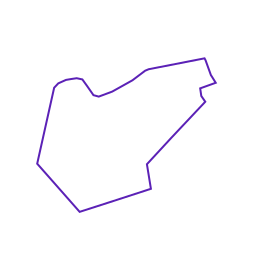 the district of Al-Hasna, Shamal Sina', Egypt, rotated 162°
{"feature_id": "37247803B43495383669597", "entity_name": "Al-Hasna", "entity_type": "district", "adm_level": 2, "iso_a3": "EGY", "parent_name": "Egypt", "parent_adm1": "Shamal Sina'", "projection": "equal_earth", "projection_center": [33.353, 30.276], "detail": "fine", "context": "isolated", "style": "outline", "palette": "violet", "viewbox_px": 256, "rotation_deg": 162, "n_neighbors": 0, "source": "geoboundaries", "source_scale": "gbopen_adm2", "svg_char_len": 497}
<svg xmlns="http://www.w3.org/2000/svg" viewBox="0 0 256 256"><g transform="rotate(162 128 128)"><path d="M33.7,170.6L90.1,177.5L94.0,177.2L109.0,172.0L131.8,167.5L146.1,166.9L150.7,169.9L153.9,180.5L156.4,188.3L161.4,191.2L166.7,192.1L172.1,192.9L180.5,192.0L185.8,189.1L225.4,122.1L199.9,63.2L164.3,63.1L125.0,63.1L121.2,87.7L90.0,105.2L46.4,129.1L48.4,135.8L47.1,143.4L30.6,143.9L32.5,151.6L32.8,152.5L33.3,168.2L33.3,168.3L33.7,170.6Z" fill="none" stroke="#5b21b6" stroke-width="2"/></g></svg>